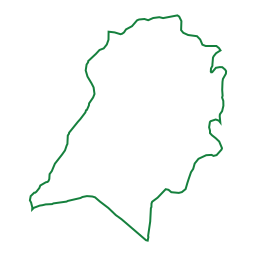 Monjas, Jalapa, Guatemala
{"feature_id": "79465075B55723885178845", "entity_name": "Monjas", "entity_type": "district", "adm_level": 2, "iso_a3": "GTM", "parent_name": "Guatemala", "parent_adm1": "Jalapa", "projection": "natural_earth1", "projection_center": [-89.899, 14.508], "detail": "fine", "context": "isolated", "style": "outline", "palette": "green", "viewbox_px": 256, "rotation_deg": 0, "n_neighbors": 0, "source": "geoboundaries", "source_scale": "gbopen_adm2", "svg_char_len": 1881}
<svg xmlns="http://www.w3.org/2000/svg" viewBox="0 0 256 256"><path d="M185.6,189.1L187.4,182.9L188.6,179.2L191.0,172.2L193.2,168.9L194.7,163.5L198.5,158.8L206.2,155.2L211.6,154.9L213.5,155.9L216.6,155.1L221.5,149.6L222.0,148.2L219.2,141.5L215.6,138.1L211.9,135.2L210.0,133.1L210.0,130.6L209.1,127.3L209.9,122.1L210.6,121.2L215.7,119.5L218.8,120.6L220.3,122.5L219.7,116.2L219.9,114.3L222.1,111.2L223.4,105.8L223.3,100.9L222.1,97.5L222.6,95.7L222.2,90.0L222.5,81.8L222.9,79.0L225.9,73.7L226.1,71.2L225.1,69.6L222.3,67.2L219.8,67.1L215.9,67.8L212.2,72.2L211.2,72.3L210.8,71.7L211.0,68.5L212.4,65.8L212.4,64.6L213.0,57.6L213.7,56.2L216.1,53.2L220.5,50.4L219.0,48.1L216.4,46.0L205.7,46.0L202.4,44.7L200.2,39.5L197.0,36.2L188.1,35.0L183.3,32.8L181.1,30.1L181.4,21.1L179.2,16.6L177.4,15.4L163.1,18.1L159.3,17.2L153.2,18.0L148.2,20.2L144.4,19.0L139.1,19.5L137.1,20.3L132.0,26.2L126.0,29.4L124.0,32.4L122.2,33.7L120.5,34.2L114.6,32.4L108.6,31.7L108.5,39.7L106.8,44.5L103.7,48.4L99.5,50.0L95.9,53.9L88.2,61.1L88.1,62.3L86.6,64.5L85.7,70.4L87.5,76.6L91.5,83.3L93.6,87.4L94.5,94.0L93.1,97.5L89.1,103.4L88.9,105.4L86.9,109.9L86.0,110.3L85.4,112.4L80.3,119.1L77.9,121.8L69.1,132.7L69.0,133.7L67.8,135.5L67.4,144.0L66.7,145.4L65.0,150.4L62.1,154.5L54.9,163.7L51.8,171.1L49.6,174.1L49.3,179.0L48.6,180.8L47.6,181.9L45.8,182.3L40.3,185.5L39.3,188.1L36.4,191.7L35.2,192.7L34.2,192.7L30.7,196.1L29.9,200.3L31.1,202.6L32.3,207.4L32.2,209.5L34.0,207.7L35.5,207.2L39.7,205.6L42.4,205.2L45.7,204.4L52.1,204.1L53.4,203.4L66.5,201.6L67.9,200.9L80.5,198.0L82.4,197.0L86.9,196.1L89.8,196.3L92.3,196.5L95.0,197.3L100.0,201.6L108.4,208.0L115.8,215.1L121.5,219.2L146.0,240.2L147.7,240.6L148.4,237.0L148.1,236.0L150.2,221.5L150.9,208.1L151.4,207.1L151.5,203.5L152.2,201.7L157.6,197.7L165.7,189.2L168.5,189.8L171.3,192.2L178.8,192.9L181.9,192.1L185.6,189.1Z" fill="none" stroke="#15803d" stroke-width="2"/></svg>